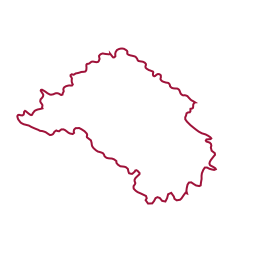 the district of Talachyn, Vitebsk, Belarus, rotated 38°
{"feature_id": "67162791B51675752120435", "entity_name": "Talachyn", "entity_type": "district", "adm_level": 2, "iso_a3": "BLR", "parent_name": "Belarus", "parent_adm1": "Vitebsk", "projection": "robinson", "projection_center": [29.697, 54.429], "detail": "fine", "context": "isolated", "style": "outline", "palette": "rose", "viewbox_px": 256, "rotation_deg": 38, "n_neighbors": 0, "source": "geoboundaries", "source_scale": "gbopen_adm2", "svg_char_len": 4613}
<svg xmlns="http://www.w3.org/2000/svg" viewBox="0 0 256 256"><g transform="rotate(38 128 128)"><path d="M214.8,143.2L212.8,141.7L211.3,139.2L209.8,136.0L209.6,133.5L211.3,131.9L214.3,131.7L217.0,131.4L219.9,129.9L220.6,128.5L219.1,126.1L217.4,122.9L215.4,120.4L214.1,118.2L213.1,114.6L212.9,111.9L214.6,110.5L217.3,110.0L219.7,109.0L221.7,108.0L222.6,106.4L221.7,106.0L220.1,106.1L218.5,106.3L216.6,106.7L215.3,106.7L214.0,105.8L213.3,104.2L213.0,102.1L213.0,99.7L213.0,97.3L213.1,95.6L211.9,94.4L209.8,94.4L207.9,94.4L205.3,92.4L204.6,90.7L203.2,89.5L201.4,89.2L199.7,89.8L198.2,90.4L197.1,90.1L196.9,88.7L198.7,87.0L199.9,85.9L200.0,84.9L198.6,84.6L195.8,84.8L193.1,85.3L191.0,86.1L189.5,86.7L186.0,87.3L182.8,87.4L180.1,87.4L175.4,87.3L170.6,86.7L167.8,85.9L166.5,84.3L166.1,82.5L165.1,80.4L165.7,78.8L167.0,77.6L166.9,76.4L166.0,75.3L165.4,74.4L166.5,73.2L166.8,72.1L165.9,70.6L165.1,69.6L164.8,68.6L164.8,66.9L165.2,66.5L163.2,66.7L161.9,66.9L161.3,67.1L159.8,67.1L158.7,66.9L157.8,66.8L156.2,66.5L155.2,66.3L153.7,66.7L152.4,67.3L152.0,67.8L151.2,68.4L150.4,68.6L149.2,68.6L148.2,68.4L147.2,67.8L146.7,67.5L145.9,67.0L144.9,66.5L144.0,66.4L142.8,66.5L142.1,66.9L141.3,67.5L140.0,68.4L139.1,68.9L137.9,69.4L136.5,69.4L135.5,69.2L135.0,68.7L133.9,68.0L132.7,67.7L132.0,67.7L131.0,68.2L130.0,68.8L128.2,69.5L127.3,69.8L126.1,70.1L125.0,70.0L123.8,69.7L123.1,68.9L122.7,67.8L122.1,67.1L121.4,66.3L120.5,66.2L119.4,66.4L118.4,67.0L117.9,67.9L117.6,68.8L117.4,70.2L116.8,71.1L115.6,71.2L114.7,70.5L114.1,69.6L113.6,68.5L113.0,68.2L112.6,68.2L111.6,68.6L110.1,69.0L108.8,69.5L106.1,69.8L104.7,69.6L103.7,68.6L103.5,67.6L102.8,66.6L101.1,66.2L99.3,66.5L98.0,67.1L97.2,67.6L95.1,68.7L94.1,68.7L92.5,67.8L90.6,67.3L89.3,67.4L86.6,68.6L85.2,69.3L83.3,70.0L81.9,70.0L81.2,69.4L80.7,68.4L79.7,67.8L78.9,67.8L78.1,67.8L76.0,68.1L74.4,69.0L73.1,70.2L72.1,71.6L71.3,73.4L71.5,75.7L72.2,77.3L73.9,79.3L73.7,80.7L72.9,81.5L72.0,81.4L68.4,80.5L68.5,80.6L67.6,81.7L66.6,82.3L65.2,83.2L64.0,83.9L62.2,84.8L61.2,86.3L60.8,87.5L60.8,89.1L62.1,90.3L63.1,91.1L63.5,92.5L63.8,93.6L63.6,94.5L62.7,95.5L61.3,96.3L59.7,97.1L58.8,97.8L58.3,98.7L58.0,99.8L57.8,100.9L57.3,101.7L56.3,102.7L56.2,103.6L57.1,104.9L58.0,105.8L59.4,107.9L59.6,108.7L59.6,109.7L58.8,110.7L56.7,112.6L56.0,113.7L55.1,115.0L54.2,116.1L53.2,117.2L52.4,119.5L50.6,120.3L50.2,121.7L50.8,122.5L52.3,122.9L53.5,123.7L53.7,124.3L54.5,125.4L55.2,126.2L56.3,127.0L57.7,127.7L57.7,129.0L56.3,130.1L55.4,130.7L54.4,131.9L53.4,133.3L52.7,135.2L52.8,136.4L53.3,137.4L54.7,138.6L55.0,139.7L55.2,140.9L55.8,142.0L55.1,143.1L54.4,143.3L52.9,143.4L51.5,143.8L50.6,144.3L49.6,145.2L49.0,146.2L48.4,147.4L47.7,148.2L46.9,149.1L45.9,149.7L43.1,150.2L41.8,150.2L39.9,150.3L38.3,150.5L36.6,150.8L36.0,151.5L36.3,152.4L37.4,152.7L38.4,153.1L39.6,153.4L40.9,154.1L41.6,155.5L41.7,157.0L41.5,159.2L42.0,160.3L42.4,161.0L43.6,161.7L44.9,162.0L46.4,162.6L46.9,163.2L47.6,164.7L48.5,165.2L47.0,167.2L45.6,168.8L44.7,170.2L43.9,171.9L43.9,173.3L43.9,175.1L44.3,176.6L43.7,177.5L42.2,177.8L39.6,177.8L37.4,177.7L36.3,177.9L36.2,179.2L37.1,180.7L37.5,181.6L37.1,183.0L35.9,183.9L34.0,184.7L33.4,185.4L33.5,186.8L34.6,187.8L36.2,188.8L39.5,189.7L40.7,189.8L43.4,189.3L45.0,188.6L48.4,187.1L51.1,186.7L54.3,185.9L56.1,185.4L58.4,184.7L60.4,184.4L62.3,183.2L63.8,182.6L65.6,182.0L68.6,181.8L70.8,181.6L72.0,180.4L72.6,179.1L72.6,177.6L72.4,177.1L72.4,176.1L73.0,174.1L74.3,173.8L75.7,173.0L76.0,171.6L76.4,170.1L78.0,168.8L79.8,168.4L81.9,168.4L84.1,168.4L85.8,168.0L88.1,166.8L88.5,165.0L87.4,164.2L86.6,162.7L86.6,161.5L86.9,160.3L88.3,159.2L89.5,158.1L92.2,157.6L95.8,157.3L99.0,157.8L100.1,158.6L100.8,160.1L101.4,160.6L103.6,160.6L106.4,160.6L108.4,162.1L109.9,163.6L111.2,164.5L113.3,165.1L116.5,165.3L118.8,165.1L120.1,164.5L121.9,163.8L123.6,163.3L125.4,163.7L126.7,164.6L128.4,164.8L129.8,164.6L131.4,163.8L132.5,163.1L134.1,162.0L136.2,161.3L139.1,161.2L140.4,162.6L142.6,163.1L145.5,162.9L146.6,162.2L148.2,161.2L149.1,160.7L150.4,160.2L153.0,160.3L154.1,161.2L155.2,162.1L156.7,163.0L158.6,162.2L159.6,161.4L159.8,160.2L160.2,158.0L159.9,157.1L160.6,156.1L162.0,155.9L164.9,156.4L165.5,157.4L165.1,159.8L164.7,162.7L165.0,164.6L165.8,165.7L167.7,166.9L168.1,168.1L168.2,170.4L169.2,171.7L169.9,172.3L172.6,172.7L175.0,172.6L176.2,172.3L178.5,171.7L184.0,170.5L186.0,171.8L186.3,174.0L190.3,175.2L191.5,174.2L193.5,172.5L193.5,169.6L192.9,166.3L193.8,164.4L196.1,163.6L199.8,164.4L202.7,162.9L202.0,159.2L200.4,155.5L202.0,152.5L206.3,153.8L208.3,155.2L210.9,155.0L213.2,152.5L213.5,150.6L213.2,146.1L213.2,143.6L214.8,143.2Z" fill="none" stroke="#9f1239" stroke-width="2"/></g></svg>